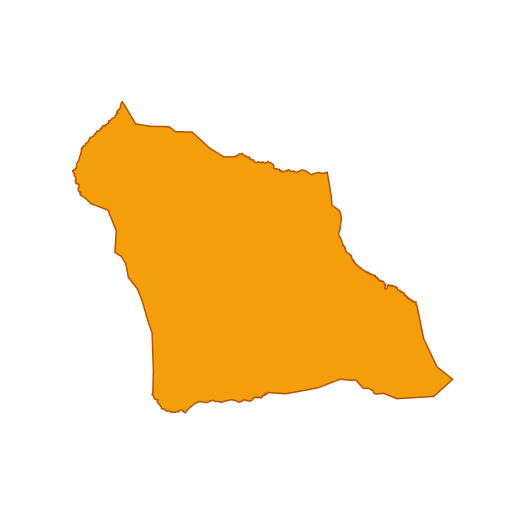 Batshireet, Hentiy, Mongolia, rotated 162°
{"feature_id": "93677404B78504825673469", "entity_name": "Batshireet", "entity_type": "district", "adm_level": 2, "iso_a3": "MNG", "parent_name": "Mongolia", "parent_adm1": "Hentiy", "projection": "albers", "projection_center": [109.766, 48.797], "detail": "fine", "context": "isolated", "style": "filled", "palette": "amber", "viewbox_px": 512, "rotation_deg": 162, "n_neighbors": 0, "source": "geoboundaries", "source_scale": "gbopen_adm2", "svg_char_len": 6155}
<svg xmlns="http://www.w3.org/2000/svg" viewBox="0 0 512 512"><g transform="rotate(162 256 256)"><path d="M371.8,128.7L367.9,131.4L358.4,135.1L358.3,134.8L356.7,134.7L356.2,135.2L355.3,135.2L352.2,134.0L350.5,132.6L349.8,132.7L348.5,131.9L346.4,131.9L344.7,132.5L343.9,132.0L341.7,132.2L339.1,129.9L337.3,129.5L334.7,128.0L334.2,127.4L330.9,127.6L323.9,127.0L319.4,124.3L317.7,122.3L315.8,122.2L311.3,122.8L310.2,122.1L309.8,121.4L308.9,121.2L306.6,119.8L304.3,120.1L302.8,121.3L300.7,122.1L299.9,121.4L299.5,121.6L298.6,121.4L298.6,120.9L298.3,120.6L297.4,120.9L296.9,120.4L295.8,120.3L295.8,119.8L295.6,119.7L294.4,119.6L292.8,120.5L292.7,121.0L291.7,121.3L290.6,120.9L290.2,121.6L289.8,121.3L288.4,121.5L288.6,121.8L288.0,121.5L286.6,122.4L270.5,115.8L254.7,113.7L237.9,111.5L213.8,112.9L205.4,108.9L199.3,107.1L194.9,97.0L189.6,95.2L187.7,92.9L186.6,92.1L186.3,90.9L186.5,90.0L186.3,89.3L184.8,87.7L183.1,87.2L182.1,87.3L178.5,86.1L177.4,86.3L166.2,76.8L130.3,67.5L107.1,78.0L118.1,94.6L122.1,125.5L118.2,159.6L118.8,160.0L118.6,160.3L118.8,160.7L118.4,161.6L118.4,162.3L118.1,162.8L119.9,163.3L119.7,163.7L120.2,163.8L120.3,164.3L120.7,164.3L120.7,164.7L121.2,164.7L122.0,165.2L121.6,166.0L122.4,166.2L122.5,167.1L123.6,167.7L123.8,167.9L123.6,168.2L123.6,168.6L124.8,169.3L124.5,169.7L125.1,170.3L124.9,170.5L125.4,171.5L126.3,172.3L126.8,172.3L126.8,173.1L126.4,173.7L126.9,174.0L126.7,174.6L127.1,175.6L127.7,176.2L128.7,176.4L128.6,177.0L129.5,177.6L129.6,178.7L130.2,178.6L130.5,179.3L131.4,180.1L131.9,181.5L131.7,181.9L132.0,181.9L132.2,182.5L132.1,183.0L132.5,183.1L132.5,183.7L133.2,184.2L133.6,183.9L135.2,185.4L135.8,185.1L136.1,185.4L135.9,185.8L136.6,185.8L137.1,186.6L137.4,186.5L137.5,186.8L138.0,186.5L138.8,187.1L138.8,187.5L139.2,187.5L140.5,186.9L140.4,186.2L141.4,184.9L143.1,184.5L143.3,185.1L143.0,185.5L143.3,186.1L143.1,186.9L142.6,187.1L142.2,188.0L141.5,188.2L141.8,188.2L141.7,188.8L141.9,189.7L142.6,189.8L142.4,190.7L142.8,191.4L142.6,192.3L143.4,193.0L144.0,193.0L144.5,193.8L144.6,193.3L145.9,193.6L146.6,195.2L146.4,196.2L147.2,196.3L147.1,196.9L147.6,197.3L147.3,197.9L147.8,198.4L148.4,198.4L148.5,200.2L149.1,199.9L149.4,200.9L150.2,201.6L151.4,202.1L152.0,203.4L153.5,203.6L153.5,204.6L154.3,205.4L154.3,206.0L154.6,206.1L154.7,205.3L155.8,206.2L156.2,207.4L156.9,207.4L157.7,208.9L159.5,210.7L159.5,211.9L160.6,212.6L160.9,213.4L161.7,213.8L162.3,215.2L162.4,215.8L163.5,217.0L163.5,217.6L164.0,218.6L163.9,219.2L164.3,219.7L164.2,220.7L165.0,220.8L165.1,222.2L164.9,222.8L165.5,223.6L165.6,225.6L165.1,226.3L165.6,227.4L165.6,228.1L166.4,228.4L166.5,229.0L168.7,231.4L168.6,232.6L169.1,233.3L168.9,234.5L169.1,235.1L168.8,235.6L169.2,235.7L168.6,237.3L169.6,238.7L169.6,239.5L170.0,239.6L169.7,240.1L170.0,241.7L169.8,242.0L169.9,242.7L169.6,244.4L169.8,245.7L170.3,246.8L170.2,248.0L170.7,249.1L170.5,251.7L170.5,252.2L169.4,253.3L166.9,256.9L166.3,258.9L163.2,265.1L162.5,269.1L162.6,273.3L168.0,280.9L165.8,290.4L162.4,313.5L165.1,313.6L167.7,314.2L168.7,314.7L170.7,316.3L172.8,316.1L174.8,316.6L177.7,316.1L178.8,316.9L182.6,321.9L186.1,323.7L191.2,323.0L192.5,323.6L193.9,325.2L195.3,325.3L197.1,326.1L197.9,327.9L199.6,328.0L200.3,327.2L201.9,327.9L203.7,327.4L204.6,327.7L205.0,328.2L204.8,328.7L205.6,329.4L206.9,329.6L207.0,330.0L206.7,330.8L207.0,331.3L207.8,331.2L209.4,332.6L210.7,332.8L211.6,333.6L211.6,333.9L212.0,334.4L211.2,336.1L211.1,337.2L213.4,340.5L214.6,340.8L215.1,341.9L215.6,342.2L216.5,341.7L218.4,341.9L219.1,341.6L219.6,341.8L220.0,342.9L220.8,343.6L222.0,343.1L222.8,343.2L224.1,344.7L225.3,345.0L226.5,344.8L227.4,345.0L228.3,346.3L228.8,348.2L229.5,348.6L230.7,348.9L231.3,349.9L231.8,350.2L231.3,350.4L231.3,350.8L231.7,350.9L231.6,351.5L232.1,351.9L232.1,352.2L233.5,352.6L234.2,353.6L235.0,354.0L235.1,354.6L235.8,354.6L235.9,355.1L236.9,356.0L237.2,357.7L238.4,357.6L240.5,358.3L242.8,357.2L243.8,357.6L244.1,357.0L245.1,356.8L246.2,357.5L247.2,357.4L255.9,360.1L267.0,373.3L278.4,393.6L294.1,399.1L298.7,405.8L316.2,411.9L329.6,418.8L335.5,444.5L335.8,443.4L336.8,443.3L337.6,441.7L338.4,441.1L338.7,440.2L338.7,439.3L339.8,438.7L340.2,438.1L341.2,437.8L342.0,437.0L343.1,436.9L343.4,436.6L343.4,435.6L344.2,435.1L343.6,434.1L344.7,434.1L345.4,433.3L346.0,433.3L347.6,431.6L350.2,431.4L351.7,430.2L352.9,429.9L353.7,430.3L354.4,429.9L354.6,429.6L354.5,428.6L355.4,428.3L355.5,427.6L356.3,427.9L357.0,427.5L359.0,427.1L359.3,426.8L358.9,426.2L359.1,425.9L359.5,425.9L360.2,426.8L361.8,427.1L362.6,426.2L362.8,425.5L363.6,425.0L364.3,425.3L365.7,423.7L367.7,423.7L368.2,424.0L369.4,423.3L370.5,422.1L370.8,422.1L371.0,421.7L372.2,421.7L372.6,420.6L376.8,419.7L377.2,419.2L377.8,419.3L378.8,418.4L379.3,417.2L379.8,417.2L380.6,416.2L381.5,416.3L382.1,415.7L382.6,416.0L383.4,415.5L383.7,414.8L385.0,413.6L385.8,414.2L387.6,413.0L388.0,413.0L388.2,412.1L388.7,412.2L389.0,411.4L389.4,411.0L389.4,409.9L390.0,409.3L390.2,408.6L391.0,407.8L390.9,407.1L393.1,405.0L393.8,403.4L394.7,402.5L395.0,401.2L396.3,400.9L397.0,399.9L398.1,399.0L399.6,395.4L400.1,395.4L400.3,394.9L401.1,394.8L401.3,393.9L402.9,394.1L403.9,393.9L404.2,393.0L403.7,390.6L403.2,389.9L404.0,388.5L403.4,387.5L403.4,386.8L402.9,386.0L403.5,384.8L403.4,384.1L404.4,383.9L404.9,381.8L404.5,380.3L403.8,380.3L403.4,379.5L402.8,379.7L402.7,378.6L402.3,377.8L402.7,376.5L403.9,375.6L404.5,374.8L404.7,372.6L404.3,372.2L403.9,370.7L403.1,370.9L403.0,370.6L403.8,370.4L404.4,368.8L399.9,362.8L397.0,357.0L382.6,345.3L381.1,323.1L389.1,303.1L384.3,297.4L382.2,289.0L384.0,274.9L378.9,261.1L378.1,248.1L378.9,228.5L378.6,215.0L389.0,178.8L396.5,157.4L397.6,156.6L397.7,156.2L396.9,155.6L397.1,154.0L396.6,153.3L396.8,152.3L396.3,151.8L396.1,150.7L395.3,150.5L394.7,149.6L393.8,149.6L393.8,149.2L394.5,148.7L395.0,147.5L394.3,145.7L393.8,145.3L393.7,144.0L393.3,143.6L393.2,142.7L392.8,142.1L393.1,140.5L392.9,140.1L392.0,139.2L390.1,138.6L389.5,136.5L388.2,135.8L387.3,135.9L386.0,135.1L385.8,134.1L385.2,134.2L384.3,133.3L383.4,133.3L381.2,132.3L379.0,132.5L377.8,131.7L376.6,132.8L375.9,132.5L374.6,132.8L373.5,131.8L373.4,130.4L372.0,129.4L371.8,128.7Z" fill="#f59e0b" stroke="#b45309" stroke-width="1.5"/></g></svg>